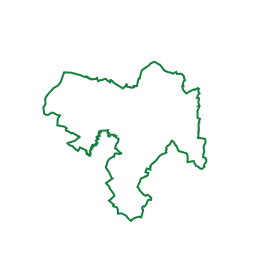 the district of Kudan, Kaduna, Nigeria, rotated 36°
{"feature_id": "59680162B63511927639310", "entity_name": "Kudan", "entity_type": "district", "adm_level": 2, "iso_a3": "NGA", "parent_name": "Nigeria", "parent_adm1": "Kaduna", "projection": "orthographic", "projection_center": [7.758, 11.266], "detail": "fine", "context": "isolated", "style": "outline", "palette": "green", "viewbox_px": 256, "rotation_deg": 36, "n_neighbors": 0, "source": "geoboundaries", "source_scale": "gbopen_adm2", "svg_char_len": 5950}
<svg xmlns="http://www.w3.org/2000/svg" viewBox="0 0 256 256"><g transform="rotate(36 128 128)"><path d="M47.6,161.4L51.8,165.7L53.6,165.6L55.3,164.7L56.5,162.8L56.7,161.8L57.6,160.0L59.3,159.4L61.4,159.4L63.5,158.9L65.6,157.9L65.8,162.0L69.3,167.4L71.6,166.2L72.5,166.1L74.1,165.0L76.0,164.2L78.5,164.3L78.4,165.6L79.6,166.6L81.4,165.8L85.3,165.6L85.3,165.3L86.3,164.4L88.7,164.4L91.0,163.8L91.3,164.1L92.9,163.9L93.1,163.6L94.2,163.8L93.2,166.9L92.9,168.6L92.0,170.4L89.5,173.6L88.0,175.9L89.7,176.3L91.9,176.0L93.9,175.2L94.9,175.7L97.6,175.8L98.1,176.1L98.9,176.1L99.6,175.7L101.0,176.0L101.1,175.2L100.6,171.9L107.6,170.7L107.9,171.6L108.9,171.8L109.2,172.8L109.7,172.6L110.1,173.3L111.2,172.9L111.3,173.2L112.9,173.2L113.4,172.9L113.2,172.6L113.6,172.3L113.1,171.7L112.9,172.1L112.7,172.1L112.4,171.8L112.8,171.5L112.7,170.9L112.2,171.3L112.3,170.7L111.2,169.5L111.2,169.2L110.7,168.9L110.9,168.5L110.9,167.5L111.2,167.0L110.7,166.8L110.6,167.3L110.3,167.3L109.7,165.6L109.9,165.5L110.3,165.9L110.1,165.1L110.2,164.9L110.5,165.3L110.8,165.1L110.4,164.7L110.1,164.8L109.7,164.5L109.8,164.0L110.2,164.3L110.4,163.8L109.2,163.2L109.1,162.7L109.2,162.4L109.5,162.4L110.4,162.7L110.2,162.2L110.8,161.8L110.9,161.0L111.3,161.2L111.3,160.5L111.5,160.6L111.4,160.9L112.0,160.9L111.9,160.1L112.3,160.0L112.1,159.4L112.2,158.9L111.6,158.9L111.7,157.7L110.5,157.8L109.5,157.2L109.7,156.9L109.6,156.4L110.0,156.4L109.8,155.5L110.3,155.1L110.2,154.6L110.4,154.3L110.0,154.3L109.8,154.8L109.5,154.8L109.5,154.2L109.1,154.4L108.6,153.9L109.2,153.5L108.9,153.1L108.6,153.5L108.4,153.4L108.1,153.8L107.8,153.8L107.8,153.4L108.1,152.8L108.6,153.0L108.6,152.6L109.1,152.0L109.1,151.1L109.5,151.5L109.8,151.0L109.0,150.6L108.7,150.9L108.7,150.6L108.2,150.4L108.2,149.8L107.5,149.6L107.5,149.3L108.3,149.2L108.2,148.7L108.0,149.1L107.8,148.9L108.2,148.2L107.6,148.3L107.8,148.0L107.4,147.7L107.3,148.2L106.9,147.7L106.5,148.1L106.3,148.0L106.1,148.2L108.5,145.5L111.9,142.8L113.2,141.5L114.2,143.9L115.6,143.2L116.2,145.5L116.4,145.9L117.1,145.9L117.3,146.2L118.3,145.3L118.0,143.9L118.3,143.1L119.2,142.5L120.2,142.6L120.1,142.4L120.7,142.1L121.0,141.6L121.3,142.1L121.7,142.0L121.8,142.4L122.6,141.7L123.2,142.0L123.4,141.6L123.9,142.5L126.8,142.4L128.0,144.7L128.2,145.5L128.0,147.1L128.1,147.8L129.5,152.1L130.4,151.8L131.9,151.9L135.0,152.5L137.1,152.3L137.5,152.6L136.3,154.4L135.2,154.6L133.3,155.5L132.3,156.4L132.5,157.1L133.7,159.2L132.5,160.0L132.4,161.2L131.1,163.9L131.1,165.8L131.4,168.2L132.6,170.6L132.7,171.6L133.4,173.1L134.7,173.2L135.6,174.1L136.7,174.1L139.1,175.0L139.8,175.8L140.9,176.2L144.3,178.1L145.1,178.0L142.6,185.5L147.1,186.4L149.2,187.9L150.6,188.1L155.5,190.0L156.7,190.7L156.8,192.3L156.2,193.7L156.2,195.0L155.3,197.9L160.8,198.4L161.5,198.2L161.6,199.8L162.1,200.0L165.2,198.8L166.1,198.8L167.9,200.2L170.2,203.2L173.1,200.8L176.3,200.2L178.2,200.1L182.2,201.3L185.2,201.3L185.1,200.3L185.5,198.3L187.2,195.6L189.3,193.0L189.8,193.1L191.0,192.8L190.7,190.9L188.9,186.4L188.2,185.2L187.1,185.1L186.3,184.1L186.3,182.5L186.5,182.2L187.5,181.9L187.6,181.2L187.5,178.2L186.7,175.4L186.7,174.3L187.4,173.5L188.9,172.7L188.8,172.4L187.8,170.7L186.6,170.9L185.5,170.4L182.8,170.6L181.9,172.6L181.0,172.9L174.6,171.7L173.8,171.4L172.5,170.5L170.3,170.2L169.2,164.7L168.1,161.3L170.2,157.8L170.3,157.0L171.0,156.7L171.5,155.6L171.4,154.6L171.7,154.3L170.9,152.5L168.0,153.4L167.0,149.7L169.4,148.8L169.7,149.0L170.6,148.5L169.8,147.7L169.1,146.1L168.6,146.2L168.3,144.6L168.6,142.7L169.0,141.8L170.0,136.9L169.9,132.7L170.9,129.4L172.6,127.0L173.5,125.3L171.9,124.1L172.1,122.8L170.9,122.0L170.5,121.2L170.4,119.4L170.9,118.7L171.4,116.8L171.3,115.2L170.9,113.9L171.0,112.4L171.2,112.2L174.1,112.8L176.6,114.1L177.3,113.8L177.8,114.0L177.9,114.5L179.7,115.1L181.2,116.4L181.9,116.3L183.0,116.9L184.6,116.0L185.8,115.8L186.9,115.1L189.1,114.7L189.4,114.3L190.5,114.2L192.0,115.0L193.5,116.6L196.2,120.6L200.6,116.1L202.2,117.3L205.2,118.6L207.0,118.1L209.1,118.1L209.6,118.4L211.0,118.1L211.9,117.7L212.6,114.4L212.0,114.4L211.3,113.2L211.1,112.0L211.1,109.6L210.8,108.6L210.0,107.6L209.2,107.5L208.5,106.6L207.6,106.8L205.9,107.6L205.5,106.7L204.1,104.6L203.9,102.6L202.9,101.7L202.4,100.9L201.0,99.8L199.9,98.2L199.3,94.1L198.1,93.0L197.4,91.9L196.7,91.5L191.2,94.3L190.6,94.9L189.9,94.2L189.7,93.0L187.7,90.6L187.9,90.3L187.8,90.1L187.4,89.9L187.5,89.7L186.9,89.2L186.8,88.4L186.0,87.7L186.1,87.2L185.6,87.1L184.6,85.5L184.4,85.5L184.4,85.2L183.0,83.8L182.5,82.6L182.6,82.1L182.2,82.0L182.3,81.6L181.5,80.7L180.8,78.3L179.5,78.8L178.1,78.8L175.1,74.3L174.3,73.8L173.1,68.6L172.0,69.2L172.2,67.7L170.3,66.4L169.7,65.6L169.1,64.8L169.0,63.9L168.0,62.2L166.0,63.1L165.2,59.4L165.6,58.0L163.8,57.3L163.0,56.7L162.3,54.6L161.0,54.6L160.6,55.8L159.5,57.9L159.0,57.7L158.1,58.9L156.1,62.8L155.4,64.9L154.8,65.8L151.0,65.0L149.6,64.3L147.3,62.4L148.4,61.7L147.6,60.8L146.6,60.1L146.0,58.9L145.6,56.8L146.0,55.8L144.1,54.8L143.2,53.7L142.0,53.0L141.3,53.1L140.4,52.8L139.0,52.9L135.9,55.5L134.0,54.3L132.5,57.5L129.6,58.2L127.7,59.2L124.8,60.0L123.9,60.2L123.5,59.8L121.5,59.7L120.0,58.8L118.0,58.6L116.4,58.0L114.9,58.5L112.4,58.6L110.4,59.0L109.7,59.9L108.3,62.7L108.3,64.6L105.6,72.1L105.4,73.5L106.2,76.1L108.4,81.2L107.5,81.7L110.5,89.0L107.9,90.7L108.9,91.5L106.9,93.7L105.9,93.4L104.4,94.6L102.2,95.2L101.9,94.6L101.7,93.5L101.0,93.6L101.3,95.1L101.3,96.3L100.9,97.3L100.7,99.0L90.1,99.8L88.0,99.4L87.9,99.2L86.5,99.6L85.9,99.2L85.6,99.4L86.6,101.5L85.5,101.4L83.8,101.8L81.1,101.3L80.6,101.6L78.6,104.7L78.1,105.0L77.2,106.1L76.4,107.7L73.4,105.7L73.1,106.6L73.2,107.3L71.1,108.9L70.9,109.4L69.3,110.0L69.3,110.3L69.0,110.2L68.4,110.4L68.2,110.2L67.3,111.0L66.5,111.0L65.8,110.8L65.5,110.3L65.2,110.3L64.0,111.0L64.4,111.3L63.8,111.6L63.1,111.5L62.7,112.3L58.8,113.1L49.6,116.6L43.6,120.5L46.5,130.3L46.5,134.4L44.3,139.7L43.5,146.8L43.4,150.4L43.8,153.3L47.1,156.9L47.6,161.4Z" fill="none" stroke="#15803d" stroke-width="2"/></g></svg>